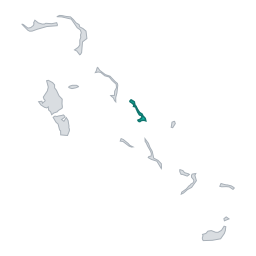 where Cat Island sits in The Bahamas
{"feature_id": "BHS-5030", "entity_name": "Cat Island", "entity_type": "District", "adm_level": 1, "iso_a3": "BHS", "parent_name": "The Bahamas", "parent_adm1": "", "projection": "albers", "projection_center": [-75.539, 24.414], "detail": "fine", "context": "in_parent", "style": "filled", "palette": "teal", "viewbox_px": 256, "rotation_deg": 0, "n_neighbors": 0, "source": "natural_earth", "source_scale": "10m", "svg_char_len": 4000}
<svg xmlns="http://www.w3.org/2000/svg" viewBox="0 0 256 256"><path d="M62.2,99.1L62.0,103.7L62.4,107.1L62.0,108.3L58.3,110.5L57.3,111.8L53.8,113.0L51.7,114.7L50.6,111.8L48.6,110.0L48.3,106.9L46.8,107.9L44.5,107.3L40.9,104.9L38.6,101.7L41.9,101.2L42.5,103.2L45.2,100.8L44.6,99.6L44.1,99.4L43.3,97.1L47.3,91.0L48.3,87.1L46.6,80.7L48.3,80.3L52.6,82.6L54.6,84.9L54.6,87.9L56.4,90.2L59.0,95.8L62.2,99.1ZM64.9,116.4L64.9,117.2L61.5,119.5L63.9,121.3L66.3,117.6L68.1,120.6L69.0,126.2L68.8,127.2L69.0,128.1L69.4,129.1L69.4,130.7L67.5,135.5L60.7,134.9L60.6,130.8L59.6,130.0L58.1,124.1L56.0,122.2L53.1,117.3L54.9,116.1L57.1,116.5L58.3,116.0L61.5,115.5L63.4,114.9L64.9,116.4ZM225.3,230.7L224.3,233.5L220.6,238.8L212.4,240.3L203.2,240.6L202.5,239.2L202.3,238.0L202.9,236.0L202.9,235.2L202.5,234.4L205.8,233.5L208.0,231.1L211.4,230.6L215.7,232.3L218.1,232.3L221.5,230.3L224.1,226.2L225.8,226.7L225.3,230.7ZM80.4,54.5L79.7,54.8L76.8,51.0L74.5,49.9L78.2,47.3L79.8,45.0L79.8,40.1L80.8,37.3L80.5,35.0L81.3,32.6L80.3,29.9L77.2,27.7L71.3,19.1L61.8,16.9L56.8,16.7L59.6,15.4L62.1,15.6L65.9,16.4L70.5,16.9L73.3,19.5L76.0,22.8L78.4,24.2L79.4,25.1L79.3,26.0L79.7,26.9L82.9,28.5L86.0,31.1L86.9,38.5L82.5,41.9L81.6,52.6L80.4,54.5ZM38.3,22.9L42.3,24.1L44.5,24.0L45.8,23.3L51.8,23.7L56.7,22.7L57.4,24.7L57.2,25.7L46.9,26.5L37.4,29.2L32.1,31.1L29.7,31.2L27.8,30.2L21.7,24.0L23.4,24.6L27.9,28.1L30.8,27.6L33.5,25.4L34.0,23.7L33.6,22.9L34.9,20.2L38.3,22.9ZM99.7,70.3L105.3,74.6L110.0,76.2L115.2,81.6L117.4,83.4L117.8,85.2L116.9,93.0L115.7,97.7L115.8,101.9L114.6,100.6L113.4,97.9L111.4,96.3L110.7,95.5L114.4,95.4L114.7,91.1L116.5,87.7L116.2,84.2L112.0,80.4L109.2,77.0L104.8,75.8L100.7,72.4L98.2,72.0L95.3,72.6L96.4,70.6L97.1,67.9L97.7,67.4L99.7,70.3ZM161.5,167.7L161.3,168.6L156.9,161.2L151.4,159.4L148.2,157.6L148.9,156.5L151.1,156.1L151.4,153.7L150.5,151.1L147.6,146.0L146.0,142.5L145.2,141.7L145.0,138.7L148.4,143.3L149.9,147.3L152.2,151.3L153.7,158.1L158.1,160.4L161.3,163.7L161.5,167.7ZM183.6,193.0L181.2,194.2L181.7,192.2L186.4,188.9L188.9,186.0L190.4,184.9L190.9,184.1L192.9,183.0L193.9,181.2L193.6,179.7L191.5,177.2L191.5,175.4L192.2,174.1L195.8,173.5L194.9,175.4L196.4,180.7L191.6,187.4L187.6,189.5L183.6,193.0ZM145.2,118.8L145.5,120.7L143.2,120.3L139.8,121.0L138.6,121.1L139.3,119.8L141.7,118.0L141.8,116.3L138.9,113.9L135.5,107.8L133.9,106.4L133.2,104.1L130.3,101.7L130.9,100.4L131.5,100.1L133.4,100.7L137.8,109.4L138.0,110.2L145.2,118.8ZM224.0,184.4L226.2,184.9L227.3,184.9L231.3,185.9L233.7,187.4L234.3,188.0L233.0,189.4L229.3,186.9L226.1,186.6L221.6,186.8L219.8,186.3L221.0,183.5L224.0,184.4ZM188.6,173.9L189.4,174.5L187.2,176.1L182.2,174.3L181.1,174.4L180.1,172.4L179.7,171.0L179.9,169.6L182.9,170.6L184.5,172.6L188.6,173.9ZM75.9,87.8L72.0,88.6L69.3,87.8L68.6,87.1L69.8,86.1L72.4,85.3L76.5,85.3L78.3,86.3L78.5,86.7L75.9,87.8ZM133.0,146.9L131.6,147.1L129.0,146.1L123.0,141.5L120.2,141.1L121.1,138.6L123.3,139.5L128.1,143.4L129.9,145.4L133.0,146.9ZM175.3,123.6L172.7,127.7L171.2,127.3L172.0,122.2L173.9,121.4L174.6,121.4L175.3,123.6ZM229.0,218.9L224.4,220.8L223.9,218.7L226.2,216.9L229.0,218.9Z" fill="#d9dde1" stroke="#a8b0b8" stroke-width="1"/><path d="M145.0,118.1L145.3,118.7L145.8,120.8L144.3,120.3L143.6,120.3L142.8,120.3L141.2,120.6L140.7,120.9L140.1,121.5L139.2,121.6L138.3,120.9L137.9,120.2L138.7,119.8L139.2,119.7L139.9,119.3L140.6,118.8L140.9,118.3L141.6,118.3L141.9,117.3L141.7,116.0L141.0,115.4L140.0,115.2L139.3,114.7L137.5,111.7L137.2,110.6L136.6,109.6L136.4,109.1L136.2,107.9L135.6,107.0L134.8,106.5L133.6,106.4L133.8,106.0L133.8,105.6L133.7,105.1L133.6,104.7L133.5,104.2L133.3,104.0L133.0,103.9L131.5,102.6L130.4,102.0L130.1,101.8L129.9,101.5L129.9,101.2L130.0,100.9L130.8,100.1L131.0,99.9L131.5,100.0L131.8,100.2L132.7,101.1L133.6,101.4L134.0,101.6L134.4,102.1L134.6,104.5L134.8,105.2L135.2,105.6L135.7,106.1L136.2,106.7L136.6,107.8L137.6,109.6L139.5,112.4L140.1,112.9L141.4,113.6L142.1,114.1L142.9,115.9L143.1,116.2L143.5,116.5L145.0,118.1Z" fill="#14b8a6" stroke="#0f766e" stroke-width="1.5"/></svg>